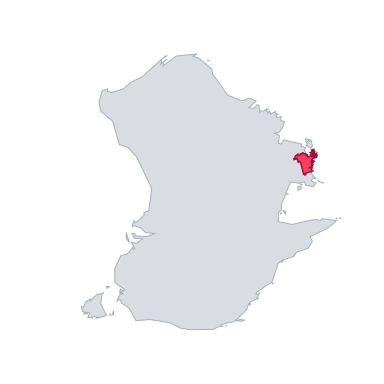 West Arnhem, Northern Territory, Australia shown in context, rotated 75°
{"feature_id": "25037944B28082311396997", "entity_name": "West Arnhem", "entity_type": "district", "adm_level": 2, "iso_a3": "AUS", "parent_name": "Australia", "parent_adm1": "Northern Territory", "projection": "natural_earth1", "projection_center": [132.77, -12.357], "detail": "fine", "context": "in_parent", "style": "filled", "palette": "rose", "viewbox_px": 384, "rotation_deg": 75, "n_neighbors": 0, "source": "geoboundaries", "source_scale": "gbopen_adm2", "svg_char_len": 8307}
<svg xmlns="http://www.w3.org/2000/svg" viewBox="0 0 384 384"><g transform="rotate(75 192 192)"><path d="M261.9,69.9L265.8,89.5L270.8,88.5L276.4,94.3L277.1,106.3L280.5,110.4L281.1,121.6L283.4,127.3L299.6,138.1L305.6,155.7L307.4,156.6L307.8,153.5L311.3,156.7L311.9,155.1L313.1,164.0L315.2,166.7L319.7,169.5L328.2,184.6L327.4,194.7L330.2,206.8L324.5,229.5L320.9,237.7L312.6,247.1L304.3,265.6L301.8,279.4L288.1,282.7L281.2,288.7L277.0,289.2L278.0,292.6L271.7,287.7L272.7,286.5L272.3,285.3L271.1,285.2L268.8,287.4L267.3,286.1L270.0,284.0L268.6,282.5L259.4,290.0L245.7,286.3L235.2,277.1L235.0,270.0L230.1,263.5L232.2,263.7L232.2,261.8L224.9,263.8L227.2,258.9L224.5,251.9L221.7,259.9L216.4,260.7L217.3,258.1L219.8,258.0L223.5,247.1L222.6,238.9L218.9,247.5L213.5,250.8L209.8,256.0L210.3,258.6L208.2,258.2L204.7,255.3L206.9,255.3L205.4,250.2L202.1,244.4L199.3,243.7L198.9,238.6L178.2,230.0L143.2,236.6L132.2,242.5L127.4,249.9L103.1,250.3L90.3,259.2L81.3,258.6L71.0,252.6L70.6,246.6L73.1,247.6L75.1,243.9L74.6,231.6L70.0,222.3L68.0,210.7L55.6,186.4L60.2,189.0L57.2,181.6L59.3,186.0L62.7,187.3L56.6,172.1L60.0,151.1L61.0,156.1L64.7,150.6L78.2,141.1L83.1,141.6L107.7,132.5L116.8,120.3L116.1,112.3L120.9,106.5L125.2,115.4L127.3,110.5L124.6,107.0L125.4,104.8L133.5,106.3L130.9,105.4L132.6,101.9L131.1,98.8L135.4,98.4L133.8,96.1L137.4,95.8L136.2,92.5L139.3,88.7L139.5,91.0L142.0,90.7L142.2,86.4L145.8,87.9L148.1,84.5L152.0,86.9L157.2,92.8L156.4,97.5L159.9,93.0L167.3,95.9L168.7,93.4L165.4,89.8L174.1,73.8L175.8,74.8L178.8,70.8L179.8,72.6L188.7,71.3L188.4,67.4L182.5,64.6L183.4,63.6L204.9,71.9L211.2,68.9L209.6,72.0L212.3,73.7L215.5,69.9L218.3,73.2L214.9,80.3L211.2,80.9L211.3,86.1L207.8,94.2L227.2,108.9L232.5,110.3L234.1,113.8L242.9,116.3L249.3,103.5L249.9,85.0L250.9,78.0L253.1,76.3L251.5,73.2L257.0,59.7L261.9,69.9ZM266.5,305.1L276.7,309.1L289.1,306.5L289.3,317.6L288.6,315.6L287.2,317.9L286.5,325.2L282.3,322.2L279.2,328.9L273.9,328.4L275.1,326.5L270.6,323.3L269.1,317.7L271.1,318.7L266.6,310.9L266.5,305.1ZM172.4,63.7L178.6,63.7L180.5,65.7L176.4,69.7L172.4,63.7ZM214.0,266.0L224.5,265.7L220.0,267.5L214.0,266.0ZM216.7,85.0L217.9,89.0L214.0,88.4L214.6,85.5L216.7,85.0ZM327.7,182.9L327.6,178.3L329.3,174.5L329.8,177.2L327.7,182.9ZM286.6,298.5L290.0,299.5L290.0,301.0L286.6,298.5ZM171.8,64.9L174.0,68.8L170.0,68.6L171.8,64.9ZM263.0,299.2L261.1,298.8L262.2,296.2L263.0,299.2ZM237.3,107.2L235.4,108.4L233.5,109.0L234.5,106.8L237.3,107.2ZM55.5,185.3L54.0,183.1L53.8,181.1L54.0,181.0L55.5,185.3ZM289.2,302.5L290.5,303.5L288.0,302.7L289.2,302.5ZM314.4,164.6L315.8,164.6L315.7,166.7L314.4,164.6ZM281.5,121.4L283.2,122.6L282.9,123.3L281.5,121.4ZM282.0,326.2L282.1,328.0L280.8,327.4L282.0,326.2ZM329.5,196.4L329.5,198.9L329.3,198.9L329.5,196.4ZM188.1,63.5L187.1,62.4L187.8,61.9L188.1,63.5ZM216.9,63.7L215.4,65.7L217.2,62.2L216.9,63.7ZM329.9,193.4L329.1,194.2L329.6,193.4L329.9,193.4ZM219.0,100.2L218.2,100.6L218.6,99.7L219.0,100.2ZM213.6,84.9L212.5,85.1L213.2,83.9L213.6,84.9ZM69.4,141.2L69.2,142.8L68.7,142.7L69.4,141.2ZM255.2,58.8L255.1,60.2L254.7,59.2L255.2,58.8ZM271.1,285.9L271.3,286.7L271.0,286.5L271.1,285.9ZM215.0,66.3L213.0,67.7L215.1,65.9L215.0,66.3ZM136.3,90.5L135.6,91.5L136.0,90.4L136.3,90.5ZM282.8,324.9L282.1,325.2L282.5,324.6L282.8,324.9ZM236.4,111.9L235.2,111.9L235.8,111.1L236.4,111.9ZM132.2,97.7L131.7,98.2L131.6,97.0L132.2,97.7ZM288.0,321.1L287.0,321.6L287.4,320.6L288.0,321.1ZM255.9,55.1L255.8,56.0L255.2,55.6L255.9,55.1ZM270.5,287.0L271.4,287.8L269.9,287.6L270.5,287.0ZM301.6,138.0L300.8,138.0L301.1,137.0L301.6,138.0ZM307.2,153.3L306.8,153.3L307.1,152.5L307.2,153.3ZM267.0,303.7L266.7,304.4L266.5,303.5L267.0,303.7Z" fill="#d9dde1" stroke="#a8b0b8" stroke-width="1"/><path d="M203.0,69.9L202.5,70.0L202.3,70.4L201.9,70.7L201.2,70.9L200.6,70.8L200.2,70.7L199.7,70.2L199.4,70.2L199.5,70.6L199.3,70.6L199.1,70.9L199.0,71.4L198.9,71.1L199.1,70.5L199.0,70.4L199.0,70.2L198.9,70.3L198.8,70.2L198.9,69.9L198.7,69.6L198.4,69.7L198.2,69.8L198.2,69.6L198.3,69.5L198.2,69.4L198.2,69.2L197.8,69.2L197.6,69.5L197.1,69.6L196.9,69.6L196.7,69.3L196.5,69.0L196.6,68.8L196.8,68.7L197.0,68.8L197.1,68.5L197.3,68.4L197.1,68.2L196.8,68.3L196.6,68.0L196.3,68.1L196.1,68.4L195.9,68.5L195.4,68.5L195.5,68.6L195.3,68.7L195.4,68.8L195.1,69.0L194.9,69.0L195.0,68.8L194.7,68.7L194.6,68.9L194.3,69.3L194.5,68.3L193.9,68.7L193.6,68.5L193.5,68.4L193.6,68.2L193.3,68.3L193.3,68.5L193.2,68.4L192.9,68.4L192.9,68.2L193.2,68.0L193.1,67.8L192.8,67.9L192.5,68.1L191.8,67.9L191.5,67.3L191.2,66.7L191.2,66.4L191.0,66.2L190.8,65.7L190.5,65.5L190.1,64.8L189.8,64.8L190.1,65.3L190.0,65.6L189.7,65.5L189.7,65.3L189.4,65.7L189.2,65.8L189.1,66.1L188.9,66.4L188.7,66.4L188.3,66.3L188.2,66.0L188.1,65.5L187.8,65.4L187.6,64.9L187.4,65.0L187.2,64.8L187.3,64.7L187.1,64.6L187.3,64.4L187.1,64.2L186.9,63.9L186.7,64.0L186.7,64.3L186.5,64.6L186.4,64.5L186.4,63.8L186.3,63.7L186.2,63.4L186.1,63.1L186.1,63.3L186.0,63.5L185.6,63.6L185.6,63.8L185.7,64.0L185.7,64.3L185.4,63.9L185.4,63.7L185.1,63.5L185.0,63.2L184.7,63.1L184.7,63.4L184.9,63.4L184.8,63.6L185.1,63.8L185.1,64.0L185.1,64.3L185.1,64.6L184.9,64.8L185.1,64.6L185.4,64.9L185.3,65.2L185.1,65.0L185.2,65.4L185.1,65.5L185.0,65.4L185.0,65.5L184.9,65.6L184.8,65.3L184.8,65.2L184.7,65.3L184.8,65.2L184.7,65.0L184.8,64.8L184.7,64.7L184.6,65.0L184.4,64.8L184.5,64.7L184.4,64.6L184.5,64.4L184.4,64.4L184.5,64.0L184.5,63.9L184.4,64.0L184.2,63.9L184.3,63.7L184.2,63.7L184.1,63.8L184.0,63.7L183.8,63.2L183.5,63.2L183.6,63.6L183.4,63.6L183.6,63.9L183.5,64.1L183.4,64.0L183.2,64.2L183.0,63.9L182.9,63.6L182.9,63.8L182.9,64.1L182.7,63.9L182.6,64.0L182.5,63.8L182.4,63.9L182.7,64.2L182.7,64.4L182.6,64.5L182.4,64.3L182.4,64.5L182.2,64.5L182.2,64.8L182.6,64.7L183.1,64.8L183.3,64.7L183.1,65.1L183.3,65.0L183.5,64.9L183.6,65.0L183.3,65.4L183.5,65.5L183.7,65.4L183.7,65.6L184.0,65.6L184.1,65.9L183.9,65.9L184.0,66.1L184.3,66.5L184.5,66.5L184.6,66.4L184.8,66.2L185.1,66.1L185.4,65.9L185.8,65.9L186.2,65.7L186.9,65.9L187.1,66.1L187.4,66.0L187.2,66.1L187.2,66.3L187.4,66.4L187.4,66.6L187.6,66.7L187.5,66.9L187.6,67.1L187.9,67.4L187.9,67.5L187.7,67.5L187.6,67.3L187.3,67.3L187.2,67.7L187.4,67.7L187.5,68.0L187.9,68.1L188.2,68.0L187.8,68.6L188.2,68.8L188.3,69.4L188.2,69.5L188.1,70.4L188.1,71.0L187.8,71.2L187.6,71.0L187.3,71.3L186.8,71.5L186.6,71.9L186.6,72.1L186.4,72.2L186.2,71.9L185.7,72.1L185.6,71.7L185.4,71.7L185.3,71.9L184.9,72.0L184.7,72.4L184.2,72.7L184.2,72.8L184.3,72.8L184.3,73.0L184.5,73.0L183.9,74.2L182.9,74.6L182.9,75.3L183.2,75.3L183.2,76.5L183.5,76.5L183.5,77.8L184.2,77.8L184.2,79.9L182.9,79.9L183.1,80.3L183.1,80.7L183.3,80.8L183.5,81.8L183.9,82.2L183.9,82.6L184.6,83.2L184.7,83.4L185.2,83.3L185.7,83.7L185.9,83.7L185.9,83.9L186.0,84.0L186.0,84.3L186.3,84.7L186.3,85.1L187.1,85.1L187.1,82.8L186.7,82.8L186.7,82.1L186.7,81.7L190.7,81.8L190.7,79.5L203.6,79.6L203.7,79.3L203.9,79.1L204.2,78.5L204.6,78.7L204.7,77.5L203.2,77.5L203.2,75.2L203.1,74.7L203.1,72.2L203.4,71.7L203.4,71.2L202.8,70.9L202.8,70.4L203.0,69.9ZM187.8,63.3L188.0,63.2L187.9,63.1L187.8,62.2L187.9,61.9L187.7,62.0L187.7,62.4L187.6,62.5L187.2,62.6L187.0,62.4L187.1,62.8L187.3,62.9L187.3,63.3L187.0,63.4L187.5,64.2L187.6,64.7L187.8,64.9L187.8,65.0L187.9,64.6L188.1,64.5L188.1,64.0L187.9,63.8L188.0,63.7L187.8,63.6L187.8,63.3ZM193.2,67.2L193.3,67.7L193.5,67.5L193.4,67.3L193.6,67.2L193.7,67.4L193.8,67.2L194.1,67.2L193.6,66.9L193.2,67.2ZM186.1,71.1L186.4,71.4L186.6,71.4L186.5,70.9L186.1,71.0L186.1,71.1ZM193.5,66.2L193.5,66.3L193.4,66.6L193.8,66.3L194.2,66.3L194.0,65.9L193.7,66.1L193.5,66.2ZM184.6,67.0L184.6,67.3L184.8,67.1L184.6,66.7L184.5,66.8L184.6,67.0ZM190.1,63.3L189.8,63.3L189.7,63.3L189.9,63.5L190.0,63.4L190.2,63.5L190.1,63.3ZM190.6,62.5L190.8,62.8L190.8,62.7L190.6,62.5ZM185.8,67.0L186.0,67.0L186.0,66.9L185.8,66.7L185.8,67.0ZM188.4,63.7L188.2,63.8L188.3,63.9L188.5,63.7L188.4,63.7ZM186.2,71.8L186.2,71.6L186.2,71.8ZM198.9,71.2L199.0,71.1L198.9,71.1L198.9,71.2ZM189.7,62.6L189.8,62.6L189.7,62.5L189.7,62.6ZM189.2,65.3L189.3,65.4L189.2,65.2L189.2,65.3ZM183.4,66.0L183.5,66.1L183.4,66.0L183.4,66.0ZM189.5,62.1L189.5,61.9L189.4,61.9L189.5,62.1ZM189.4,62.3L189.5,62.1L189.4,62.3L189.4,62.3ZM186.1,66.3L186.1,66.5L186.1,66.4L186.1,66.3ZM199.2,69.9L199.2,70.0L199.3,69.9L199.2,69.9ZM186.9,67.2L186.9,67.3L187.0,67.2L186.9,67.2ZM191.0,61.4L190.9,61.4L191.0,61.4L191.0,61.4Z" fill="#f43f5e" stroke="#9f1239" stroke-width="1.5"/></g></svg>